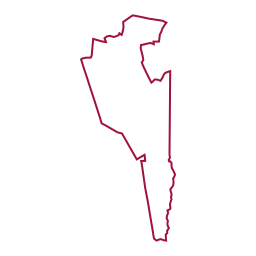 outline of Nakuru Town West, Rift Valley, Kenya
{"feature_id": "3690345B66504215806483", "entity_name": "Nakuru Town West", "entity_type": "district", "adm_level": 2, "iso_a3": "KEN", "parent_name": "Kenya", "parent_adm1": "Rift Valley", "projection": "mercator", "projection_center": [36.068, -0.37], "detail": "fine", "context": "isolated", "style": "outline", "palette": "rose", "viewbox_px": 256, "rotation_deg": 0, "n_neighbors": 0, "source": "geoboundaries", "source_scale": "gbopen_adm2", "svg_char_len": 2025}
<svg xmlns="http://www.w3.org/2000/svg" viewBox="0 0 256 256"><path d="M133.0,15.4L132.3,15.7L131.2,16.3L126.3,19.8L123.2,21.9L123.3,24.0L123.5,27.2L122.7,31.7L121.9,34.1L121.6,34.9L119.4,33.3L118.6,35.2L117.4,35.7L116.6,36.1L113.7,37.0L109.8,35.8L106.8,36.5L104.5,38.2L105.7,41.1L106.0,42.1L101.5,41.3L93.2,38.9L91.7,55.6L90.8,57.6L85.8,57.7L82.1,58.6L81.1,59.4L82.7,64.5L84.8,71.1L87.1,77.9L88.9,83.6L91.1,90.3L92.6,94.9L94.7,101.3L96.8,107.9L99.0,114.8L100.2,118.4L100.8,120.7L101.6,123.3L106.2,125.8L113.1,129.8L117.7,132.4L122.0,133.5L136.8,159.4L144.5,154.8L144.9,157.6L145.2,160.9L141.2,161.0L141.7,163.7L142.4,168.2L145.2,188.0L146.1,192.7L148.1,203.2L149.8,213.5L151.6,224.3L151.8,225.2L153.5,235.7L154.0,238.5L156.3,240.5L157.5,240.2L158.9,239.6L160.6,239.1L161.6,239.4L164.0,240.3L166.1,240.6L166.0,239.5L165.9,238.4L165.8,236.1L165.8,235.2L165.8,234.5L167.2,233.1L167.2,230.6L168.3,229.0L168.9,228.1L167.9,226.2L167.4,224.3L167.5,222.9L167.9,220.9L166.9,218.8L166.6,217.9L167.2,215.0L167.7,214.1L168.1,212.7L167.6,211.3L167.5,210.3L169.0,209.8L170.4,208.6L170.4,207.6L170.0,205.1L170.0,204.3L170.2,203.6L170.6,201.7L171.0,200.6L171.5,199.6L171.0,197.0L171.5,195.3L171.4,193.4L170.7,191.4L170.4,189.1L172.1,187.1L173.2,185.4L173.5,183.2L173.5,181.9L173.4,180.2L173.1,178.4L173.8,177.6L174.8,175.4L174.9,174.0L173.9,172.0L173.6,171.2L173.2,170.4L171.9,168.1L171.5,165.7L171.5,163.0L170.3,161.4L169.1,161.4L168.7,160.0L169.9,157.8L169.8,156.1L169.5,154.9L170.2,71.1L167.1,72.1L165.2,73.1L164.5,73.6L164.0,74.4L162.8,77.0L162.4,77.8L161.8,78.7L160.5,80.8L158.5,80.0L157.6,79.7L156.9,79.6L154.7,79.5L153.1,81.2L152.4,81.9L151.4,82.6L149.3,78.6L146.7,73.4L142.9,65.4L141.8,62.5L143.3,59.9L142.4,54.9L141.6,51.8L140.7,48.3L141.0,45.0L143.4,44.6L147.6,43.5L150.7,43.0L153.8,44.2L153.5,41.6L156.3,41.6L159.0,41.5L159.4,38.1L159.9,34.4L161.4,31.5L162.4,28.6L164.6,25.0L166.4,22.7L162.7,20.8L159.7,20.3L155.8,19.7L151.2,19.0L150.2,18.9L143.6,17.5L136.3,16.0L133.0,15.4Z" fill="none" stroke="#9f1239" stroke-width="2"/></svg>